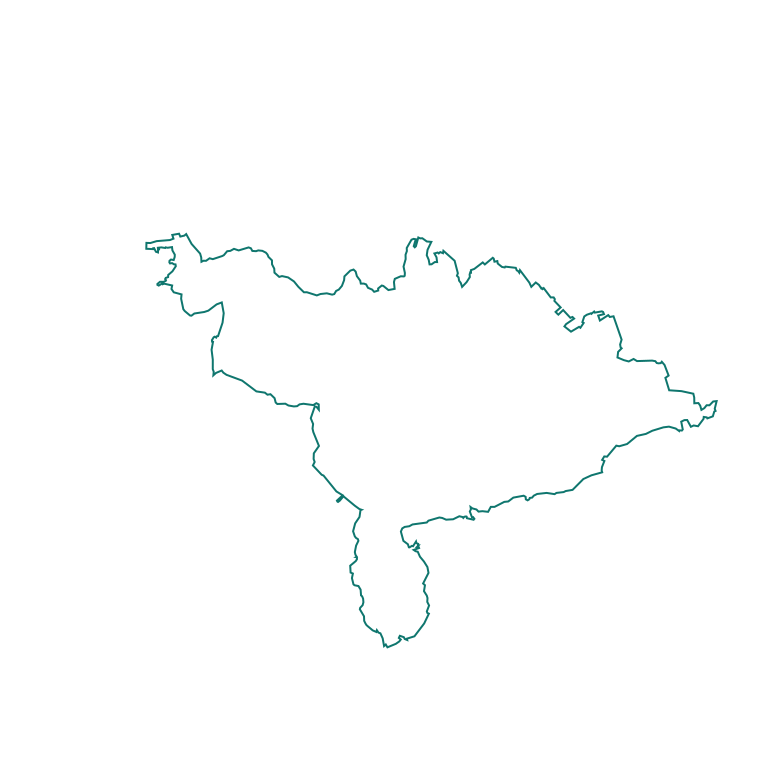 the district of Aghiresu, Cluj, Romania, rotated 310°
{"feature_id": "2599482B10502260282790", "entity_name": "Aghiresu", "entity_type": "district", "adm_level": 2, "iso_a3": "ROU", "parent_name": "Romania", "parent_adm1": "Cluj", "projection": "mercator", "projection_center": [23.266, 46.881], "detail": "fine", "context": "isolated", "style": "outline", "palette": "teal", "viewbox_px": 768, "rotation_deg": 310, "n_neighbors": 0, "source": "geoboundaries", "source_scale": "gbopen_adm2", "svg_char_len": 6166}
<svg xmlns="http://www.w3.org/2000/svg" viewBox="0 0 768 768"><g transform="rotate(310 384 384)"><path d="M584.7,649.8L582.2,647.4L576.9,647.0L575.1,644.8L571.4,644.9L568.2,643.8L570.7,640.1L571.5,637.1L568.7,634.1L573.0,630.4L575.4,627.2L569.7,616.4L562.5,606.5L569.6,595.6L573.4,596.6L578.9,586.7L579.6,582.5L577.9,582.6L576.2,580.9L575.4,579.4L575.9,577.2L574.3,574.4L564.2,563.1L563.6,559.1L558.6,557.0L556.5,552.5L554.4,545.8L559.1,542.7L564.1,543.1L564.1,541.8L566.0,539.5L570.7,537.5L583.4,516.3L580.5,513.9L580.9,511.5L571.4,508.6L574.1,504.1L578.9,507.6L580.0,505.6L579.7,504.2L574.2,499.6L574.6,498.4L571.1,497.8L571.2,497.1L567.5,494.9L564.5,494.0L558.9,496.2L559.1,497.7L553.3,498.3L553.2,496.7L544.3,493.6L544.1,485.2L546.9,485.0L556.3,487.6L556.5,485.3L554.5,484.2L555.8,473.7L549.2,473.0L549.2,471.9L549.5,469.1L556.2,470.1L557.2,461.1L558.8,460.3L559.4,458.3L557.5,456.1L560.1,444.7L558.7,444.5L558.9,443.2L558.3,443.1L559.5,439.0L559.3,435.0L553.1,434.4L555.1,430.1L558.6,415.0L556.2,416.1L556.7,414.1L556.4,412.6L557.7,410.3L551.9,401.5L550.9,401.6L549.5,399.1L549.4,393.7L551.0,391.8L548.7,390.0L550.6,387.4L550.6,386.2L540.4,384.4L540.6,381.5L530.2,379.2L527.1,377.4L525.3,379.0L525.0,378.3L522.9,379.2L521.1,381.0L515.1,381.8L508.6,381.4L510.8,377.8L511.4,375.1L513.6,372.6L513.8,370.3L516.3,369.4L523.8,358.9L524.2,343.9L522.1,345.1L521.2,342.3L519.2,342.0L519.2,340.6L516.4,338.7L514.8,342.8L511.5,346.3L510.0,344.5L506.3,343.5L504.9,342.0L507.9,338.4L510.1,334.0L514.8,331.1L523.3,328.9L520.7,325.2L520.3,319.7L518.8,318.1L518.3,316.1L510.0,319.9L508.5,319.7L508.7,318.2L515.3,315.3L514.2,313.4L512.2,312.3L502.8,314.0L500.5,316.1L496.9,317.4L493.6,320.3L486.5,323.5L482.5,328.6L480.2,330.3L479.2,330.1L477.3,327.6L471.5,324.7L468.5,326.1L463.7,331.0L458.8,327.0L458.7,320.5L458.0,319.0L453.4,318.1L451.9,319.5L448.3,317.2L448.7,314.2L447.4,309.9L448.8,306.3L448.0,304.1L446.0,301.7L447.9,299.3L449.2,293.9L451.9,290.0L452.1,287.1L449.2,285.3L441.0,284.5L437.9,286.7L432.1,288.7L427.3,288.7L424.5,287.5L420.9,288.1L419.1,286.8L416.7,281.9L412.1,277.5L408.7,275.6L404.7,265.9L402.8,263.7L403.4,255.9L404.7,249.1L404.0,242.0L401.1,236.5L398.7,234.9L398.9,228.5L401.8,225.8L403.7,221.3L406.7,218.7L407.1,213.8L408.3,211.5L408.7,209.1L407.8,205.2L405.5,201.8L403.5,200.6L401.3,197.6L402.4,194.8L401.6,192.5L392.9,186.8L391.1,182.2L387.2,180.7L384.9,178.5L379.7,178.5L378.0,177.8L369.6,172.6L368.2,169.6L364.0,168.5L362.4,166.5L360.3,165.6L363.5,162.6L365.7,159.3L367.6,146.6L371.7,136.1L369.4,135.7L366.0,133.2L367.4,130.4L362.1,126.0L360.0,129.3L356.7,127.5L347.3,118.0L341.8,114.4L339.4,111.3L334.8,115.0L338.9,120.4L339.5,119.9L340.3,120.5L338.7,124.3L339.5,126.3L341.4,124.8L342.5,125.2L343.0,124.6L342.2,124.0L343.0,123.2L345.5,125.6L347.6,129.0L348.3,128.9L349.3,130.7L352.6,133.6L350.3,136.1L348.6,140.6L346.8,142.0L343.8,143.2L342.4,140.8L340.5,140.5L339.2,141.4L338.8,142.6L340.4,144.0L340.7,146.2L341.6,147.4L340.4,148.8L334.3,149.5L328.8,148.6L327.1,149.9L325.0,148.6L323.7,148.9L323.4,150.3L322.6,150.5L320.5,149.4L318.3,146.7L315.0,146.1L314.3,146.7L314.6,148.2L318.9,149.6L318.3,150.4L319.6,151.2L323.3,158.4L320.2,160.1L319.1,164.0L322.5,171.3L318.9,173.8L312.3,182.2L311.8,184.5L311.8,191.4L312.6,192.6L316.1,193.4L323.6,200.0L327.3,202.3L337.4,204.6L342.2,207.3L335.2,215.7L327.2,220.9L314.0,226.1L313.0,225.2L311.7,225.6L311.4,223.9L310.3,223.5L307.0,224.0L305.9,225.1L306.4,225.9L299.4,229.9L292.6,237.2L285.3,243.3L283.9,245.7L281.0,247.7L284.5,248.2L290.0,251.0L289.4,253.6L289.8,257.5L295.4,273.1L296.3,291.0L300.8,298.3L300.9,301.6L303.2,303.6L302.8,309.3L300.2,312.9L300.1,315.1L305.5,321.1L306.1,324.6L308.9,329.4L311.2,331.7L314.1,332.4L317.1,335.0L322.4,343.4L325.8,344.5L326.4,347.1L322.4,350.6L323.1,347.0L322.4,345.4L310.7,349.9L307.8,355.4L303.9,357.9L301.7,360.8L294.7,374.0L285.8,374.8L281.3,378.3L279.7,381.0L275.9,381.9L274.4,394.6L275.0,396.5L271.1,416.6L272.2,423.9L264.4,422.9L264.0,423.9L264.1,424.6L266.1,425.1L271.9,425.1L272.0,439.8L272.4,445.5L273.2,447.6L272.2,447.1L266.4,450.7L258.7,451.5L251.3,455.0L248.5,459.6L248.1,461.6L248.4,463.7L247.4,465.2L242.3,466.5L236.5,469.7L234.9,471.8L234.1,474.2L233.4,473.9L233.8,474.7L232.4,475.9L230.2,476.2L223.1,474.9L218.1,479.6L218.8,482.0L214.7,484.2L210.9,489.4L210.9,490.8L212.8,494.3L211.4,498.3L207.3,502.3L207.3,503.7L206.1,506.0L203.6,508.5L200.8,509.8L197.3,509.6L195.9,510.3L193.2,518.0L189.8,521.1L188.6,523.8L188.0,525.8L188.0,533.7L189.1,537.5L190.8,536.8L190.0,539.6L190.7,541.5L188.3,546.5L183.3,552.5L185.6,552.8L184.5,555.9L192.6,560.1L196.7,561.2L199.0,561.1L199.0,558.6L201.3,558.0L202.8,561.9L202.0,563.8L202.8,566.3L203.6,565.2L210.3,569.5L226.4,568.7L236.9,566.0L236.5,564.4L237.3,563.0L243.3,560.9L244.9,557.2L248.0,554.9L249.4,552.8L251.0,547.8L256.2,544.7L256.3,542.2L267.9,539.5L271.7,534.9L273.7,528.7L274.8,522.6L277.2,517.7L276.2,515.6L276.0,513.4L280.9,516.3L281.6,514.9L280.7,515.1L280.1,514.0L282.8,514.2L282.4,513.6L283.5,512.9L282.9,511.1L283.9,509.8L278.4,510.5L277.9,509.4L275.3,508.6L274.9,508.0L276.6,505.3L276.3,499.7L281.8,491.8L285.1,490.8L287.8,491.7L291.3,494.8L294.7,496.1L305.4,505.8L307.9,505.9L317.3,512.2L318.8,514.7L320.0,518.8L324.8,523.9L331.1,526.7L332.7,529.9L332.4,530.8L334.0,530.9L335.3,532.0L335.5,532.6L334.5,533.8L337.6,539.9L338.8,539.9L339.3,537.8L338.5,537.0L341.5,531.7L343.9,531.1L345.4,529.4L345.5,531.6L347.3,535.5L347.0,538.4L349.8,541.1L353.0,545.9L358.5,544.8L361.0,547.7L371.0,551.9L373.9,554.7L380.1,556.1L388.2,562.8L388.6,565.0L386.8,566.8L387.2,568.8L389.1,569.4L390.4,568.9L392.2,570.5L394.7,570.5L398.2,572.0L405.1,578.6L409.3,585.5L411.4,586.1L416.7,591.1L418.8,592.0L424.1,596.5L439.4,597.8L447.4,601.6L456.6,607.9L457.7,606.3L460.4,604.4L466.7,602.3L466.1,599.9L470.1,599.3L471.7,601.6L486.1,601.6L487.5,604.2L494.3,608.8L506.8,611.1L514.1,616.7L520.7,619.6L530.4,625.9L534.5,629.7L537.4,636.1L537.7,640.3L538.3,640.0L539.8,642.1L541.2,642.1L546.2,635.9L549.4,637.3L551.3,639.4L548.5,646.6L551.3,647.9L553.5,651.7L562.7,651.2L564.3,650.1L565.9,652.7L565.5,653.8L570.6,656.7L575.2,654.7L576.5,655.3L577.6,653.3L584.7,649.8Z" fill="none" stroke="#0f766e" stroke-width="2"/></g></svg>